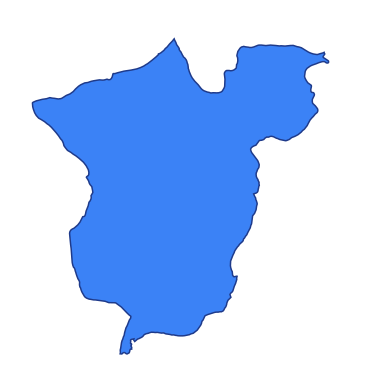 the district of Mensura, Gash Barka, Eritrea, rotated 84°
{"feature_id": "51966322B6823166627891", "entity_name": "Mensura", "entity_type": "district", "adm_level": 2, "iso_a3": "ERI", "parent_name": "Eritrea", "parent_adm1": "Gash Barka", "projection": "albers", "projection_center": [38.235, 15.48], "detail": "fine", "context": "isolated", "style": "filled", "palette": "blue", "viewbox_px": 384, "rotation_deg": 84, "n_neighbors": 0, "source": "geoboundaries", "source_scale": "gbopen_adm2", "svg_char_len": 5909}
<svg xmlns="http://www.w3.org/2000/svg" viewBox="0 0 384 384"><g transform="rotate(84 192 192)"><path d="M37.8,193.7L38.5,194.5L39.5,195.3L42.5,198.9L45.2,201.6L46.7,203.8L47.3,204.2L48.5,205.5L49.1,206.6L50.1,208.0L51.1,210.1L51.1,210.9L52.0,211.2L53.7,213.4L56.6,217.7L59.9,223.0L60.2,223.9L61.7,226.8L62.9,230.3L63.8,234.0L64.4,239.9L64.7,247.0L65.7,253.9L66.2,256.3L66.0,257.6L66.2,258.2L69.1,259.3L70.8,260.4L71.7,261.9L71.5,263.6L70.9,264.7L71.4,267.5L71.4,269.1L70.8,272.3L70.9,274.5L71.1,278.0L71.4,280.7L72.2,284.1L72.3,287.3L73.7,291.4L74.9,293.7L77.4,297.1L79.7,299.6L81.7,303.1L82.8,306.9L85.1,311.5L85.4,312.5L85.5,315.3L84.5,318.8L84.0,321.2L83.3,323.5L84.0,326.9L84.2,331.3L85.1,337.4L86.1,340.6L86.6,341.3L87.0,341.4L90.5,341.5L93.1,341.1L96.7,340.2L99.6,338.9L102.5,336.8L104.2,334.4L106.6,331.3L109.1,328.9L110.3,327.4L112.9,325.1L118.7,321.0L122.2,318.8L125.3,317.2L127.2,315.8L129.8,314.9L132.6,314.5L134.6,313.4L137.4,311.6L137.8,311.2L140.0,308.2L141.8,306.4L143.9,303.7L146.6,300.9L149.0,298.7L151.1,296.8L154.8,294.5L159.0,292.8L161.7,292.5L163.9,292.9L164.7,293.4L165.9,295.3L166.5,295.5L167.5,294.9L170.1,293.7L172.6,293.2L174.0,292.6L176.2,291.1L180.6,290.7L182.2,290.7L185.1,292.8L187.0,292.8L188.4,293.2L190.1,294.2L191.4,295.5L194.9,296.7L199.9,299.3L203.0,300.3L204.6,301.1L205.1,302.0L205.1,303.0L205.2,303.3L210.3,306.6L212.8,309.0L215.6,313.0L216.4,315.1L217.0,316.2L218.1,317.2L219.2,317.8L220.6,318.1L231.5,318.2L235.8,318.1L249.7,318.5L252.3,318.2L254.4,317.7L254.8,317.2L256.7,316.5L258.2,316.4L260.2,315.9L261.0,315.8L263.4,315.3L266.4,314.5L268.5,313.5L269.8,313.2L272.7,313.6L274.8,313.4L275.3,313.0L278.4,312.4L280.3,311.8L284.3,310.0L285.5,309.2L286.6,307.8L287.7,305.7L288.1,304.2L289.0,301.2L289.3,299.1L291.6,289.8L293.3,286.4L294.2,279.6L299.0,274.3L305.2,269.5L307.6,267.5L309.2,265.8L311.0,266.2L312.8,267.7L317.9,270.3L320.3,271.9L324.8,273.7L327.6,274.5L328.6,275.2L331.4,276.4L332.5,277.1L334.6,277.9L339.7,279.2L341.7,279.9L344.3,280.0L345.4,280.4L345.7,279.0L345.7,278.6L344.9,277.6L344.5,276.4L344.7,275.7L345.9,274.4L346.2,273.7L346.2,273.2L345.3,271.2L343.9,270.6L343.2,270.5L342.0,269.8L341.8,269.0L342.0,268.5L341.9,268.3L340.9,268.5L340.5,268.2L340.1,268.2L338.8,268.8L338.4,268.5L337.9,268.6L337.5,268.1L336.9,268.0L336.5,268.3L336.2,268.9L335.8,269.0L334.5,268.6L333.0,268.6L332.7,268.5L332.3,267.8L332.0,265.2L332.4,265.4L333.2,265.4L334.7,264.6L332.6,261.5L332.3,260.2L331.1,257.0L330.3,255.8L329.3,254.9L328.8,254.2L328.2,252.6L327.9,250.2L327.4,248.3L327.2,246.6L327.5,245.5L327.5,244.8L327.9,243.4L328.0,241.1L329.1,237.2L329.2,234.8L329.5,234.5L330.5,232.5L330.5,232.1L331.6,228.0L331.9,227.7L332.1,226.8L332.2,225.1L332.9,223.2L332.9,222.9L333.6,220.6L334.1,216.0L334.1,214.2L333.6,209.3L333.1,208.3L332.6,205.5L329.9,201.2L325.4,197.3L323.7,196.3L322.3,195.9L321.4,195.4L320.5,194.4L316.6,192.1L316.1,191.1L315.8,189.9L315.6,189.5L314.1,182.1L314.0,180.5L314.2,178.4L314.0,176.7L314.2,175.3L313.6,173.6L313.0,172.9L310.7,171.4L310.1,170.7L308.8,169.9L307.7,169.4L305.9,168.9L303.5,167.6L300.8,164.3L297.9,165.0L296.8,164.2L295.6,162.5L294.6,161.7L290.2,159.8L287.4,158.2L283.6,156.6L282.4,156.6L281.5,156.4L280.9,156.0L280.4,156.1L280.7,159.0L280.4,159.5L279.0,160.3L275.4,160.3L273.8,160.9L271.3,161.4L269.2,161.5L264.7,160.8L259.1,157.9L256.4,156.2L255.9,156.1L254.6,155.3L251.3,152.5L250.2,151.1L249.5,150.7L248.9,150.1L246.5,146.9L245.7,146.2L245.2,146.1L243.8,145.4L243.4,144.7L241.5,143.3L240.3,142.0L238.2,140.8L233.7,137.8L231.4,137.0L230.1,136.2L229.1,135.9L222.0,134.2L219.8,132.0L216.3,130.1L212.7,129.2L211.0,128.5L209.9,128.4L207.4,128.9L205.8,129.4L205.3,129.3L204.4,129.4L202.7,130.2L200.3,130.9L199.8,128.4L199.0,127.0L197.9,126.3L195.9,125.8L195.3,125.5L193.2,124.9L192.6,124.4L190.4,124.5L189.4,124.3L187.0,125.2L186.5,125.1L185.3,125.8L183.4,126.4L180.9,126.4L179.5,126.0L178.2,125.2L177.8,125.1L176.3,124.3L174.7,123.0L173.0,122.5L171.6,122.3L168.8,123.0L167.6,123.4L158.9,128.6L156.7,129.2L155.4,129.2L154.1,128.3L153.1,126.7L152.4,124.8L152.2,123.6L148.0,119.8L147.8,119.4L147.8,117.3L147.3,115.1L146.1,113.8L145.2,112.1L145.4,110.2L145.3,109.6L144.9,108.6L144.9,107.1L145.5,105.3L147.3,102.5L147.8,101.2L148.9,99.4L150.5,94.5L150.8,93.5L150.7,92.5L149.9,89.7L148.3,87.2L147.4,83.9L146.1,80.6L144.7,78.4L143.7,76.9L142.5,75.7L141.3,73.7L138.0,70.5L135.9,69.2L132.7,67.0L130.8,65.0L129.6,63.5L127.5,61.4L126.0,59.2L124.8,58.5L123.8,58.3L122.6,58.4L121.4,59.0L119.3,60.3L116.6,62.6L116.1,62.8L114.2,62.9L112.4,62.6L108.9,60.4L108.0,60.1L107.4,60.1L106.1,60.6L105.7,61.3L105.4,62.5L104.7,63.1L104.3,63.2L102.6,63.2L99.5,62.2L98.4,62.2L95.5,65.4L93.3,66.6L90.6,67.7L88.8,68.0L83.9,66.8L82.7,66.1L81.0,64.6L79.0,61.0L78.4,59.2L77.4,55.0L76.6,52.2L76.0,48.9L76.1,46.9L76.5,46.2L77.4,45.2L77.9,44.2L77.8,43.1L77.5,42.7L77.1,42.6L76.2,42.5L75.6,42.9L71.9,47.4L71.2,47.5L70.8,47.3L68.6,45.5L67.9,45.9L66.9,46.0L67.4,47.4L67.8,50.0L68.4,52.8L68.2,54.0L67.4,56.9L66.3,59.4L65.1,61.5L60.0,68.1L59.0,70.4L58.4,72.4L56.8,76.0L56.6,78.9L56.6,84.2L55.9,88.2L55.9,89.8L55.1,93.2L54.1,98.6L54.1,103.3L53.1,107.8L52.9,110.3L53.0,111.1L54.2,115.4L54.5,117.6L54.3,119.6L54.0,120.3L53.2,123.7L52.6,125.3L53.0,127.7L54.0,129.2L57.0,131.7L60.6,133.0L61.4,133.1L63.3,132.6L66.2,132.7L69.0,133.5L69.8,134.3L72.8,134.9L73.5,135.2L74.2,136.2L75.1,137.8L75.4,139.1L75.5,140.7L75.0,142.5L74.8,144.9L75.3,146.0L76.6,147.1L77.8,147.5L83.2,147.4L90.5,148.5L92.1,149.3L94.6,151.2L95.1,151.7L95.7,153.0L96.1,155.2L96.0,157.2L95.5,160.5L95.5,163.0L94.8,164.3L94.2,166.3L92.7,169.3L91.5,170.9L90.1,172.1L85.9,174.7L82.1,177.7L78.5,179.9L76.1,180.9L72.1,182.1L69.7,182.5L68.8,182.8L67.6,182.7L64.8,182.8L63.0,183.3L61.4,183.5L59.9,184.0L58.2,185.0L56.6,186.5L55.7,186.7L55.3,187.0L51.3,188.5L50.7,189.0L49.0,189.9L48.4,189.7L47.6,189.9L46.7,190.3L43.8,191.9L41.6,192.4L38.8,193.5L37.8,193.7Z" fill="#3b82f6" stroke="#1e3a8a" stroke-width="1.5"/></g></svg>